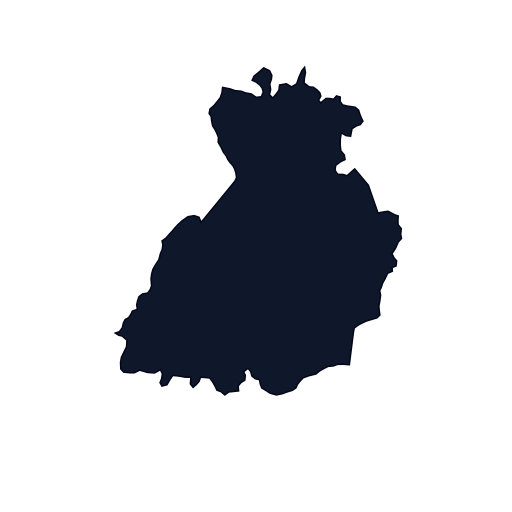 the district of Xanxerê, Santa Catarina, Brazil, rotated 45°
{"feature_id": "56859067B35284649743550", "entity_name": "Xanxerê", "entity_type": "district", "adm_level": 2, "iso_a3": "BRA", "parent_name": "Brazil", "parent_adm1": "Santa Catarina", "projection": "orthographic", "projection_center": [-52.422, -26.88], "detail": "fine", "context": "isolated", "style": "filled", "palette": "ink", "viewbox_px": 512, "rotation_deg": 45, "n_neighbors": 0, "source": "geoboundaries", "source_scale": "gbopen_adm2", "svg_char_len": 3046}
<svg xmlns="http://www.w3.org/2000/svg" viewBox="0 0 512 512"><g transform="rotate(45 256 256)"><path d="M252.6,424.5L254.5,418.9L261.6,415.1L267.0,410.4L268.8,404.0L273.1,405.5L276.1,409.6L277.7,413.4L281.5,414.5L284.1,410.0L282.6,404.6L281.6,399.4L285.0,396.5L288.2,394.1L291.3,392.0L295.7,387.8L300.1,392.9L304.4,393.4L304.7,389.3L304.4,384.8L302.5,381.1L305.6,378.2L309.5,375.0L314.4,375.7L319.4,377.1L323.3,378.5L327.1,376.7L332.2,376.3L332.9,371.4L335.9,367.7L339.1,363.7L335.3,360.5L334.9,356.1L335.9,351.7L332.8,347.9L329.2,346.6L329.7,341.1L333.9,341.4L337.9,343.8L342.3,343.3L346.0,341.0L349.5,343.5L353.5,345.2L357.5,344.2L362.9,343.1L368.7,339.8L371.9,334.9L374.4,329.6L376.7,325.3L377.5,321.0L376.1,317.4L375.6,313.3L375.5,308.7L378.0,303.4L381.8,297.1L382.3,292.1L383.4,288.1L385.1,283.0L388.4,279.1L390.2,275.1L394.2,270.9L398.9,266.9L379.1,241.4L376.4,237.5L377.2,232.2L378.7,227.6L380.0,224.0L382.9,218.6L385.3,214.2L385.3,210.1L381.9,207.6L378.3,204.5L375.6,200.6L371.8,195.6L368.0,193.1L366.7,189.5L364.7,185.6L363.4,181.0L361.3,175.1L363.2,170.4L360.4,167.9L362.1,164.0L358.9,160.0L354.9,159.7L350.5,158.2L349.2,151.9L346.7,145.6L346.5,140.8L343.0,138.3L339.4,133.9L334.3,133.4L331.1,130.3L328.2,127.1L325.1,128.7L317.7,131.0L314.7,135.1L311.8,139.3L285.4,126.5L264.2,124.6L263.6,134.9L260.1,136.6L256.0,140.5L251.3,139.5L248.3,135.7L249.0,130.0L250.8,124.8L247.0,122.1L241.6,121.6L237.0,117.9L232.6,113.3L229.2,108.6L234.6,107.2L238.2,104.4L233.9,98.1L235.0,93.0L236.8,89.4L236.3,85.1L232.2,83.6L229.0,82.2L225.3,80.3L220.9,80.7L217.7,83.0L214.4,85.5L210.4,87.9L206.2,87.2L203.1,84.0L199.7,85.9L200.0,90.3L197.0,92.3L194.1,95.0L193.5,101.9L190.1,101.7L188.8,97.1L185.5,95.4L181.6,95.4L177.2,96.1L174.0,98.8L167.6,99.6L164.6,96.1L161.3,91.3L156.9,88.2L157.4,92.7L160.1,99.6L163.0,105.5L161.6,111.2L155.7,112.7L151.7,118.4L155.0,122.7L155.7,127.1L156.2,132.4L151.5,132.4L148.5,127.8L144.2,124.7L141.8,120.0L139.5,117.1L134.6,115.4L128.4,117.5L128.1,123.6L127.4,130.1L129.0,134.5L133.2,132.9L137.8,132.4L141.6,132.9L145.1,134.9L147.2,139.6L143.9,143.7L137.9,144.8L133.4,148.0L128.8,150.1L124.4,153.8L119.6,156.1L113.1,160.4L116.5,164.6L118.8,169.4L119.4,174.3L119.9,179.3L119.5,184.5L122.0,188.3L125.7,189.1L128.9,191.7L133.2,194.6L137.7,195.6L141.4,196.9L145.6,198.7L148.8,202.3L154.4,203.8L159.6,205.7L164.3,206.3L167.7,207.6L171.2,208.2L175.9,208.5L179.3,209.5L183.3,211.7L186.8,214.3L188.1,217.9L188.7,223.5L193.4,271.0L188.3,268.9L183.7,271.2L180.1,276.3L178.9,283.0L178.6,288.8L178.8,293.7L179.2,297.8L179.3,301.8L179.7,306.8L178.9,311.8L182.2,313.9L185.0,317.6L186.7,321.8L189.9,327.3L191.1,332.9L192.5,338.2L194.7,342.2L197.9,346.4L203.2,350.9L204.9,354.4L205.6,358.8L202.6,363.0L202.0,367.5L203.8,371.2L206.1,374.8L209.8,377.7L207.5,382.3L208.8,385.9L209.5,389.7L208.4,393.4L209.5,397.0L212.2,401.2L212.9,406.1L211.0,410.0L215.0,409.1L218.0,407.2L224.3,406.8L228.7,411.8L230.3,416.6L232.5,422.9L235.5,427.1L240.3,431.5L244.6,431.7L249.9,427.3L252.6,424.5Z" fill="#0f172a" stroke="#020617" stroke-width="1.5"/></g></svg>